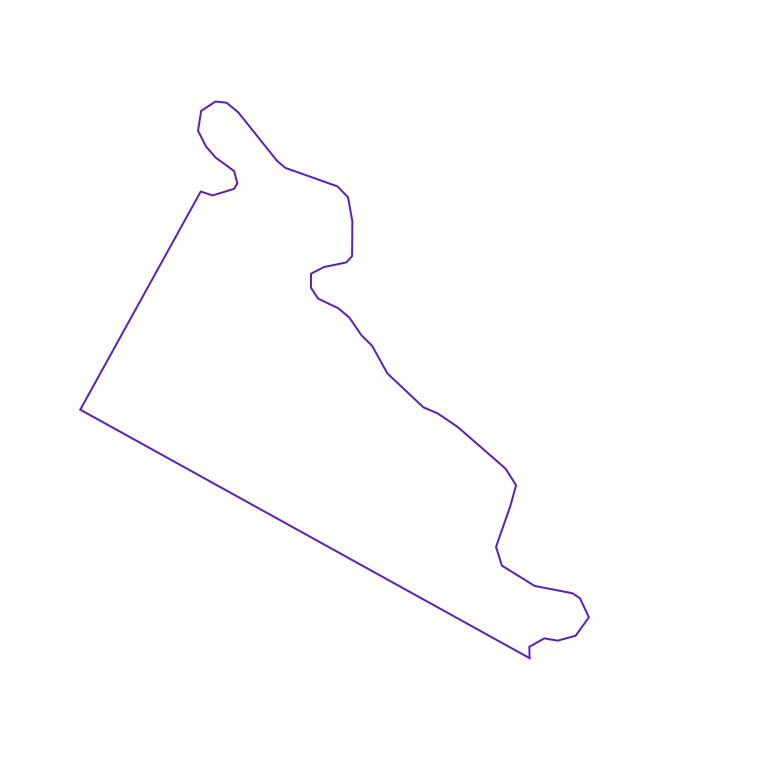 Hughes, South Dakota, United States of America (Natural Earth projection), rotated 209°
{"feature_id": "52423323B77405573289865", "entity_name": "Hughes", "entity_type": "district", "adm_level": 2, "iso_a3": "USA", "parent_name": "United States of America", "parent_adm1": "South Dakota", "projection": "natural_earth1", "projection_center": [-100.02, 44.323], "detail": "fine", "context": "isolated", "style": "outline", "palette": "violet", "viewbox_px": 768, "rotation_deg": 209, "n_neighbors": 0, "source": "geoboundaries", "source_scale": "gbopen_adm2", "svg_char_len": 740}
<svg xmlns="http://www.w3.org/2000/svg" viewBox="0 0 768 768"><g transform="rotate(209 384 384)"><path d="M629.6,214.3L123.7,214.8L129.5,224.6L120.5,239.2L107.6,243.8L94.3,256.8L91.7,279.3L108.7,291.6L117.8,292.3L154.3,280.4L192.8,282.3L207.0,295.8L214.4,338.8L219.4,359.5L236.6,368.9L298.5,382.1L322.6,384.3L338.3,382.7L386.2,394.9L412.8,411.6L427.6,415.8L446.3,425.2L460.5,428.1L482.9,426.7L494.6,432.8L501.3,445.1L493.0,457.4L475.9,472.1L473.9,480.4L490.5,510.9L505.9,529.8L520.3,534.3L575.0,525.2L585.9,527.4L643.1,550.9L658.0,553.7L668.3,549.4L676.3,534.2L669.4,515.3L654.6,505.3L641.0,500.4L618.4,497.6L609.5,488.4L609.8,481.9L625.4,465.8L637.6,463.5L637.2,214.3L629.6,214.3Z" fill="none" stroke="#5b21b6" stroke-width="2"/></g></svg>